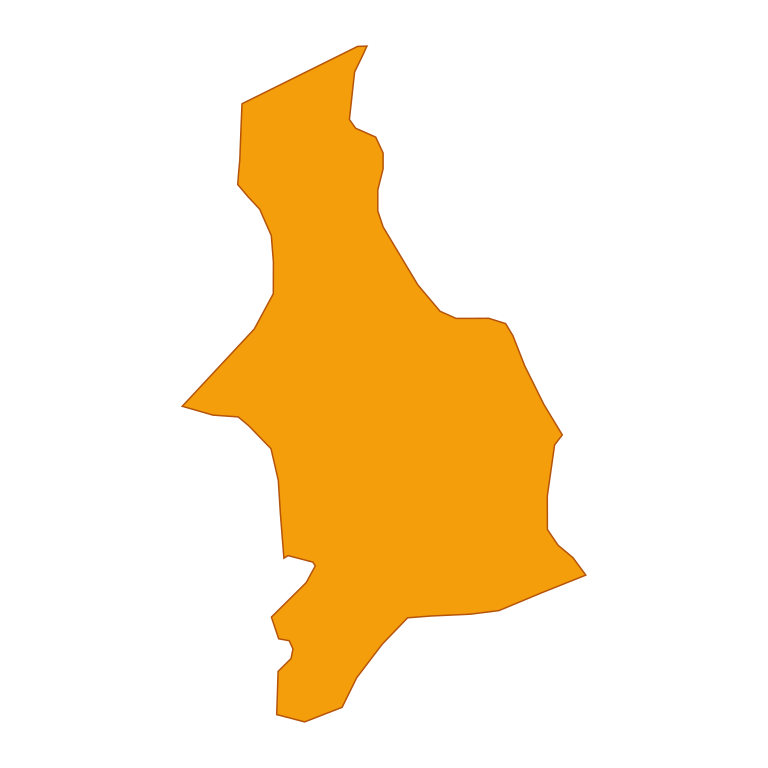 the border of Denbighshire
{"feature_id": "GBR-2125", "entity_name": "Denbighshire", "entity_type": "Unitary Authority (wales)", "adm_level": 1, "iso_a3": "GBR", "parent_name": "United Kingdom", "parent_adm1": "", "projection": "orthographic", "projection_center": [-3.367, 53.104], "detail": "fine", "context": "isolated", "style": "filled", "palette": "amber", "viewbox_px": 768, "rotation_deg": 0, "n_neighbors": 0, "source": "natural_earth", "source_scale": "10m", "svg_char_len": 979}
<svg xmlns="http://www.w3.org/2000/svg" viewBox="0 0 768 768"><path d="M242.1,103.7L357.6,46.4L367.0,46.1L366.4,47.2L363.0,54.7L354.6,72.0L349.4,119.5L355.7,128.3L375.7,137.1L383.1,153.0L383.1,168.8L377.8,189.9L377.8,211.0L383.1,226.9L394.7,246.3L417.9,285.0L440.1,311.3L456.0,318.4L472.9,318.4L488.7,318.3L505.6,323.6L513.0,335.9L524.7,365.8L543.9,404.5L562.3,434.9L554.6,444.9L547.3,496.0L547.4,529.5L558.1,545.3L572.9,557.6L585.8,575.1L541.3,592.9L498.9,610.6L470.2,614.2L431.0,616.0L407.6,617.8L382.2,644.2L356.7,677.7L342.1,707.3L304.6,721.9L276.7,714.6L278.1,671.4L291.0,658.6L293.0,649.0L289.2,640.7L278.7,638.8L271.4,617.1L306.2,582.6L315.3,565.9L312.8,562.1L288.1,555.6L283.9,558.2L280.4,513.9L278.3,480.4L271.0,448.7L248.8,425.8L238.2,416.9L212.9,415.1L182.2,406.3L254.3,329.0L273.3,293.7L273.4,262.0L271.3,235.6L259.7,209.2L248.2,196.9L237.7,184.5L238.8,170.4L239.8,159.9L241.0,128.2L241.9,106.5L242.1,103.7Z" fill="#f59e0b" stroke="#b45309" stroke-width="1.5"/></svg>